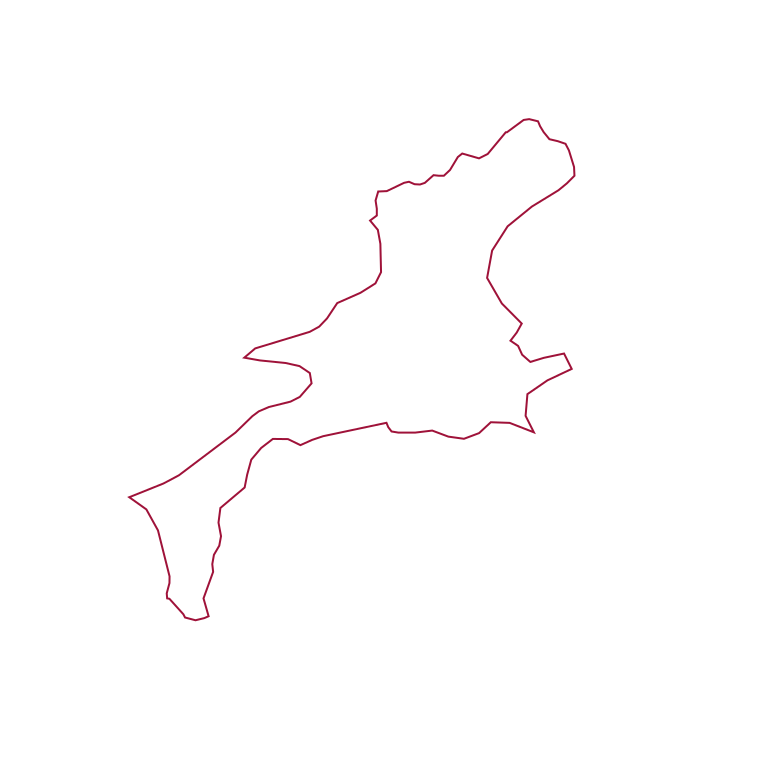 Muyinga, Robinson projection, rotated 213°
{"feature_id": "BDI-2644", "entity_name": "Muyinga", "entity_type": "Province", "adm_level": 1, "iso_a3": "BDI", "parent_name": "Burundi", "parent_adm1": "", "projection": "robinson", "projection_center": [30.357, -2.724], "detail": "fine", "context": "isolated", "style": "outline", "palette": "rose", "viewbox_px": 768, "rotation_deg": 213, "n_neighbors": 0, "source": "natural_earth", "source_scale": "10m", "svg_char_len": 1585}
<svg xmlns="http://www.w3.org/2000/svg" viewBox="0 0 768 768"><g transform="rotate(213 384 384)"><path d="M423.7,79.8L426.8,81.6L447.0,87.0L449.1,86.1L452.2,90.1L455.5,100.2L459.1,105.9L493.8,138.1L515.0,149.4L536.0,150.3L514.8,180.4L506.3,195.7L482.1,262.4L476.9,285.3L474.1,292.9L468.0,302.0L452.8,318.3L447.6,327.3L445.1,345.1L452.2,352.8L464.6,353.0L478.0,348.0L500.9,336.2L515.5,330.0L511.4,343.7L474.7,387.3L469.6,396.8L467.5,408.0L467.3,426.4L453.4,447.7L446.0,463.7L447.4,476.2L463.4,499.6L473.1,509.9L484.7,513.5L481.8,521.4L485.5,527.1L491.0,533.3L493.7,542.3L493.4,542.5L486.7,547.3L476.7,563.7L473.2,567.2L467.2,568.2L462.5,570.9L459.3,574.9L456.2,586.1L451.7,588.4L447.2,591.3L445.2,599.5L445.7,614.6L443.9,619.9L427.2,625.0L422.3,633.4L419.0,661.4L418.0,662.1L410.7,681.5L406.5,685.2L397.9,688.2L393.5,685.2L387.3,682.2L378.6,679.4L370.5,682.3L362.6,684.3L356.1,680.6L342.8,669.5L337.7,662.4L339.9,651.9L343.2,641.5L356.6,613.4L366.2,583.6L366.0,554.8L355.3,529.1L329.0,515.7L301.4,509.7L300.7,499.4L301.5,489.2L292.3,489.0L284.1,483.8L273.3,482.2L264.2,493.0L249.6,507.6L234.8,498.9L248.9,476.1L258.2,453.6L247.9,434.4L232.0,425.1L257.5,419.8L273.6,410.1L277.5,394.6L287.1,381.6L301.4,374.9L318.2,371.2L331.4,360.2L345.4,351.1L351.8,348.3L356.9,350.1L360.8,352.8L406.6,307.1L413.9,297.9L420.8,287.2L434.5,285.5L447.3,277.4L452.2,263.4L454.1,248.3L449.4,233.5L444.5,221.3L453.7,190.9L447.3,177.6L437.8,167.6L434.1,158.7L433.6,148.1L429.9,139.4L425.0,133.4L418.6,105.9L404.6,93.7L407.2,89.8L413.4,83.2L423.7,79.8Z" fill="none" stroke="#9f1239" stroke-width="2"/></g></svg>